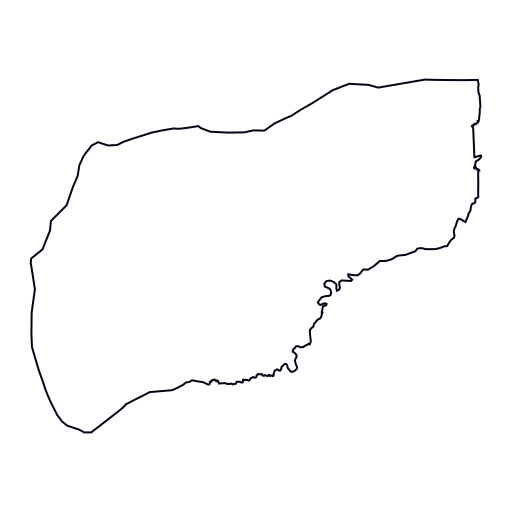 Ifugao, Ifugao, Philippines
{"feature_id": "2640588B2684850326122", "entity_name": "Ifugao", "entity_type": "district", "adm_level": 2, "iso_a3": "PHL", "parent_name": "Philippines", "parent_adm1": "Ifugao", "projection": "mercator", "projection_center": [121.288, 16.824], "detail": "fine", "context": "isolated", "style": "outline", "palette": "ink", "viewbox_px": 512, "rotation_deg": 0, "n_neighbors": 0, "source": "geoboundaries", "source_scale": "gbopen_adm2", "svg_char_len": 5912}
<svg xmlns="http://www.w3.org/2000/svg" viewBox="0 0 512 512"><path d="M49.9,400.4L57.2,415.0L62.2,421.6L67.3,425.7L79.3,429.7L84.2,432.4L91.2,432.4L120.5,409.7L123.8,406.7L124.9,405.7L125.6,404.4L149.8,392.1L171.9,390.2L175.4,388.8L183.2,384.8L185.8,382.5L189.6,381.9L191.7,380.4L192.4,380.4L193.9,380.6L194.9,380.9L203.1,382.2L208.3,384.6L208.9,384.5L209.4,384.3L210.2,382.4L209.9,382.2L209.8,381.8L209.9,381.7L210.1,381.6L210.4,381.6L210.6,381.8L210.7,382.0L210.8,382.1L211.0,382.0L211.1,381.8L211.0,381.6L211.0,381.4L211.3,381.1L211.3,380.8L211.4,380.7L211.5,380.6L211.9,380.6L212.0,380.3L212.4,380.4L212.9,380.1L213.1,380.1L213.7,379.7L213.9,379.7L214.1,379.7L214.4,379.6L214.8,379.7L214.9,379.8L215.1,380.2L215.1,380.3L215.3,380.5L215.5,380.7L215.9,380.6L216.1,380.8L216.2,380.7L216.2,380.4L216.6,380.4L216.9,380.4L217.0,380.5L216.9,380.7L216.7,380.7L216.7,380.9L216.9,381.0L217.0,381.2L217.5,381.2L217.7,381.3L217.8,381.7L217.9,381.8L218.0,381.8L218.2,381.6L218.4,382.2L218.7,382.7L218.9,382.9L219.0,383.5L225.0,383.1L225.9,383.6L226.7,383.6L227.6,384.0L229.2,384.0L229.8,383.8L230.8,383.6L231.6,383.7L232.1,384.1L232.4,384.3L232.9,384.4L233.9,383.9L235.1,383.9L235.7,383.8L236.0,383.5L236.3,382.3L236.7,381.9L237.4,381.7L238.7,381.8L239.4,381.7L240.0,381.9L240.7,382.3L241.6,382.5L242.3,382.5L242.9,382.1L243.1,381.7L243.1,381.3L242.8,380.1L243.1,379.7L243.4,379.6L243.7,379.7L244.5,380.0L245.2,380.1L246.7,379.8L247.6,380.0L248.7,380.6L249.3,380.4L249.7,380.0L250.3,378.9L250.5,378.5L250.8,378.1L251.4,378.0L252.2,377.6L252.7,377.3L253.3,377.0L253.8,377.2L254.3,377.5L254.8,377.8L255.4,377.7L256.0,377.3L256.4,376.7L256.6,376.0L256.5,375.8L256.7,375.5L256.9,375.0L257.5,374.9L257.9,374.4L258.2,374.2L258.3,373.9L258.9,374.0L259.4,374.3L260.4,374.3L261.0,374.1L261.7,374.0L262.1,374.3L262.4,374.7L262.3,375.2L262.5,375.4L263.4,375.8L264.1,375.7L264.7,375.2L265.4,375.3L266.0,375.4L266.8,376.0L267.3,376.1L268.0,375.8L268.4,375.2L269.0,374.9L269.4,375.0L269.8,375.4L270.0,376.0L270.6,375.7L271.5,375.6L272.0,375.6L272.2,375.8L272.6,376.1L272.8,376.0L273.4,375.9L273.7,375.5L273.7,374.9L273.5,374.4L273.6,373.9L273.8,373.6L273.8,373.1L274.0,372.7L274.3,372.2L274.4,371.6L274.4,371.0L275.0,370.5L276.3,370.0L276.9,369.4L277.4,369.4L277.8,369.7L278.7,370.1L278.9,370.5L279.5,370.7L280.4,370.5L281.4,368.4L281.5,367.2L282.3,366.3L284.0,364.5L285.0,363.9L286.0,364.0L286.8,364.6L287.1,365.4L287.8,368.0L290.5,371.4L291.5,371.9L293.9,371.3L295.2,370.4L296.7,369.0L297.2,367.5L297.0,366.6L296.4,365.6L295.8,364.3L294.9,360.5L295.4,359.3L295.7,358.4L296.1,357.9L296.7,356.5L296.3,354.8L295.3,353.4L294.5,352.7L293.5,352.2L292.8,351.7L292.8,351.0L292.9,350.2L293.6,349.1L294.2,348.5L295.0,347.8L295.7,346.8L296.4,346.2L297.7,346.1L298.9,346.5L300.0,347.2L301.6,347.2L303.5,347.0L304.3,346.2L305.5,345.5L306.5,345.2L307.5,344.7L308.7,343.7L309.7,344.3L310.1,343.5L310.8,341.3L310.1,334.9L309.8,331.6L310.1,329.8L311.5,328.1L313.4,326.5L313.7,325.2L314.1,323.6L314.9,322.9L315.8,322.1L316.4,321.2L316.6,320.6L317.3,320.1L318.1,319.3L319.2,319.1L320.0,318.5L320.7,317.7L321.1,316.8L321.4,316.3L321.6,315.5L321.7,314.5L322.0,313.6L322.5,312.7L322.4,312.4L321.8,312.6L321.7,312.2L321.8,311.6L322.1,310.8L322.3,309.5L323.0,306.3L326.2,305.2L326.6,304.0L325.3,303.3L322.7,303.9L320.3,305.1L318.9,304.1L317.9,302.4L319.5,299.9L321.6,297.3L325.7,296.1L328.2,296.0L330.3,295.4L330.9,294.2L331.1,292.3L330.6,290.2L329.4,288.6L327.0,287.5L324.7,286.5L324.4,283.6L326.6,281.0L330.2,280.6L333.6,281.9L336.4,284.4L336.4,288.3L336.9,290.7L339.2,289.6L340.0,287.7L339.4,285.5L339.3,282.0L341.7,280.4L350.9,281.0L352.2,279.7L348.3,276.2L348.3,274.2L352.2,275.1L357.6,275.3L359.8,273.8L363.3,269.4L368.0,269.7L373.9,266.1L379.8,261.0L382.4,261.0L384.2,261.1L388.6,260.3L391.0,259.5L392.7,258.7L396.6,256.1L399.0,255.5L405.4,254.9L415.4,251.2L417.2,248.8L419.2,248.2L421.5,248.2L423.1,248.4L425.6,249.2L426.8,249.1L431.0,249.1L432.2,249.1L434.6,249.1L436.9,248.8L439.9,248.0L442.4,247.1L443.8,246.4L447.2,246.1L448.9,243.0L451.2,239.9L454.1,237.5L454.5,235.4L453.8,231.8L454.2,229.2L455.4,226.4L455.9,225.6L456.7,222.5L457.4,220.7L457.9,219.9L458.2,219.2L458.7,218.7L460.8,219.3L462.9,220.5L464.6,221.7L465.4,222.1L468.4,215.0L468.3,213.9L469.4,212.5L469.9,211.3L470.7,209.8L470.6,208.8L471.0,206.5L471.7,204.5L473.2,203.3L474.2,203.3L475.2,202.4L475.4,198.6L478.2,197.3L478.2,191.8L478.2,190.2L478.2,186.7L478.3,184.2L478.2,179.3L478.2,177.0L478.2,174.9L478.2,170.7L478.9,170.8L479.3,170.6L479.2,170.2L478.5,169.5L477.8,169.1L477.5,169.4L477.3,169.5L476.8,169.4L476.3,168.8L476.0,168.6L476.0,168.1L476.0,167.4L475.6,167.1L475.3,167.0L474.8,167.4L474.7,167.9L474.4,168.3L474.0,168.0L474.1,167.1L475.0,165.7L475.8,161.6L476.0,161.3L478.3,160.1L480.3,158.1L481.3,156.3L480.8,155.5L474.4,157.2L473.2,128.1L471.9,126.2L472.3,125.9L472.5,126.0L472.4,125.5L472.7,125.4L473.0,125.4L473.4,125.5L473.4,125.2L473.7,125.2L473.9,124.8L474.0,124.4L474.2,124.1L474.4,124.0L474.7,124.2L475.5,124.2L475.5,123.9L475.9,123.8L476.2,123.9L476.5,123.6L476.5,123.2L477.7,122.7L477.7,121.8L477.7,121.4L478.3,121.8L478.5,121.4L479.2,119.0L479.1,117.5L479.7,113.4L479.8,111.2L479.7,109.8L480.4,106.3L479.6,95.5L478.5,92.4L478.1,87.9L478.7,84.5L477.7,79.9L467.0,80.1L455.8,80.1L436.3,79.9L424.8,79.6L378.2,87.6L368.6,84.9L349.1,83.8L332.9,90.1L312.0,103.3L300.8,109.7L291.2,115.9L285.9,118.1L274.6,123.4L264.8,130.3L264.2,130.6L253.3,130.4L243.9,132.4L227.5,132.6L210.3,131.7L200.9,128.1L198.2,126.1L187.5,127.8L179.2,128.8L173.3,128.5L162.3,130.4L151.7,132.6L134.0,138.2L123.7,141.7L117.2,145.0L108.0,145.5L98.0,142.2L91.5,145.6L89.5,148.4L86.0,152.7L83.5,156.2L79.3,165.4L77.7,175.7L72.8,187.3L66.6,205.3L50.9,221.0L50.0,230.5L42.5,249.4L31.2,258.5L30.7,262.8L32.1,271.1L34.9,289.4L34.1,295.2L31.7,312.0L31.6,316.2L31.4,333.6L31.9,345.3L32.0,347.1L35.5,359.2L39.0,370.9L43.6,383.8L45.8,390.6L49.9,400.4Z" fill="none" stroke="#020617" stroke-width="2"/></svg>